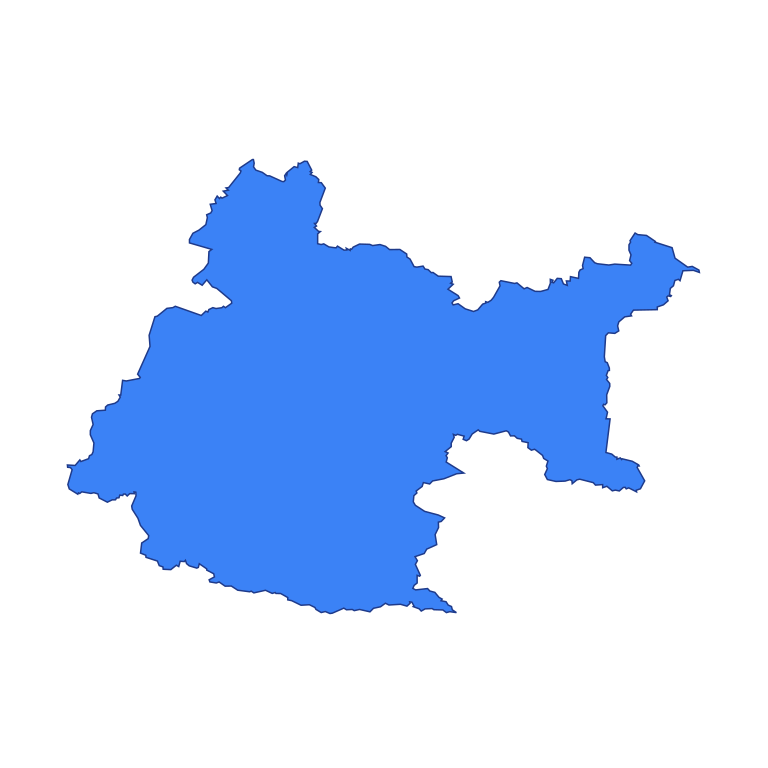 outline of Tepetongo, Zacatecas, Mexico, rotated 266°
{"feature_id": "50627088B99446840906957", "entity_name": "Tepetongo", "entity_type": "district", "adm_level": 2, "iso_a3": "MEX", "parent_name": "Mexico", "parent_adm1": "Zacatecas", "projection": "equal_earth", "projection_center": [-103.135, 22.423], "detail": "fine", "context": "isolated", "style": "filled", "palette": "blue", "viewbox_px": 768, "rotation_deg": 266, "n_neighbors": 0, "source": "geoboundaries", "source_scale": "gbopen_adm2", "svg_char_len": 6142}
<svg xmlns="http://www.w3.org/2000/svg" viewBox="0 0 768 768"><g transform="rotate(266 384 384)"><path d="M443.5,668.3L447.2,673.2L451.0,672.1L452.1,673.5L451.3,676.1L452.1,676.8L453.2,675.0L459.4,676.3L461.8,679.6L467.0,681.4L467.9,685.0L466.4,686.5L476.1,690.1L475.8,700.6L473.3,706.4L475.7,706.1L479.8,699.7L479.4,695.1L489.2,683.1L499.9,680.9L506.6,664.1L507.3,664.6L513.9,656.2L515.3,647.6L517.1,645.0L509.8,639.4L508.4,639.9L505.8,638.1L500.4,637.7L495.6,639.4L489.9,637.6L487.2,639.6L485.4,638.3L487.5,622.5L487.0,616.6L489.1,605.2L490.3,602.6L495.6,598.3L496.5,593.0L488.3,590.3L485.2,590.7L484.1,587.6L481.9,586.2L475.8,585.4L478.1,577.5L473.7,576.9L474.1,573.1L469.6,573.7L471.3,570.0L476.7,568.2L477.3,564.2L473.1,560.3L473.7,558.7L475.7,559.8L476.8,557.2L472.9,557.0L466.9,554.2L465.4,546.7L465.9,541.2L470.3,533.5L469.2,530.4L475.6,523.7L475.2,521.3L478.9,507.8L477.5,506.1L473.8,506.6L462.9,499.4L460.1,496.8L458.2,493.3L459.0,491.2L457.7,491.3L456.8,488.0L451.4,482.7L450.1,478.4L453.3,470.3L458.9,463.5L458.1,458.5L460.1,457.5L462.2,459.3L464.5,465.3L467.0,464.1L474.1,454.4L478.7,460.0L479.9,457.5L481.0,459.2L486.5,458.4L487.8,445.6L491.8,440.7L491.8,438.9L495.0,436.0L495.8,432.9L498.9,431.2L498.3,424.9L499.0,422.2L506.8,418.7L509.1,415.7L512.1,415.7L517.1,409.2L517.7,398.9L521.2,395.2L523.4,389.7L522.9,382.3L524.3,379.5L525.3,369.3L522.7,362.8L520.7,361.1L521.1,359.9L519.6,359.6L522.0,355.9L520.3,356.3L520.3,353.5L524.8,347.2L523.2,345.7L523.5,343.8L524.6,338.6L528.0,333.7L527.5,331.0L528.6,327.6L538.4,328.3L540.5,331.1L540.8,329.4L545.1,325.4L546.3,327.7L549.0,325.9L549.0,327.5L550.7,329.0L563.2,334.8L566.8,332.7L569.5,332.7L583.5,339.1L589.2,335.5L589.6,332.6L592.5,333.2L595.5,330.5L598.2,325.1L600.1,327.0L601.0,325.2L602.4,326.8L611.4,322.9L611.8,320.2L609.6,315.5L610.3,313.9L605.9,313.0L607.1,309.5L602.1,302.4L599.3,301.6L600.9,301.1L598.7,299.4L594.3,299.9L592.9,298.2L593.1,296.5L599.6,284.5L599.9,281.9L603.6,277.4L606.3,271.1L609.7,269.0L613.3,269.9L617.0,269.4L617.1,268.4L609.4,255.0L607.8,254.6L606.5,256.2L604.5,255.3L590.8,242.7L590.6,240.1L588.2,242.2L587.6,237.1L582.9,241.0L580.7,235.4L581.8,234.2L580.5,232.8L583.1,230.7L579.5,228.2L575.8,229.1L575.4,223.2L569.0,224.6L566.7,223.1L565.2,218.9L562.3,219.4L555.4,217.4L550.4,210.1L547.7,203.9L541.7,200.0L538.3,199.8L530.3,221.6L528.3,218.6L516.9,217.2L511.0,212.3L503.8,201.5L501.0,199.8L498.9,200.5L497.1,202.6L498.4,205.1L495.2,209.5L500.3,214.5L492.9,219.6L491.0,223.9L477.7,237.6L475.2,237.7L471.2,231.1L472.7,229.3L471.4,227.5L471.0,221.7L472.1,218.6L470.5,214.5L468.1,213.3L469.1,211.3L465.1,206.5L476.1,181.2L474.9,178.7L474.6,172.7L467.5,162.6L467.1,160.2L449.0,153.1L437.8,153.2L411.0,138.9L407.6,141.3L406.6,140.5L405.0,127.1L405.9,123.5L391.3,120.6L391.5,118.9L389.3,120.0L385.3,117.3L383.5,114.1L382.3,106.9L380.5,104.6L377.3,104.2L377.3,95.6L374.6,91.1L371.3,89.9L363.9,91.0L358.0,87.8L353.8,87.5L345.4,90.5L336.7,89.1L334.0,87.6L333.0,85.2L330.1,84.1L327.8,76.2L329.5,75.3L324.3,70.2L325.3,62.5L323.0,62.6L322.5,65.4L320.3,66.9L305.8,61.6L301.3,62.7L295.4,70.9L296.7,71.6L296.0,72.8L297.5,75.0L295.3,84.0L295.8,87.0L294.3,91.0L290.2,91.9L285.4,99.8L287.4,104.8L287.2,108.1L288.9,109.2L289.0,111.7L291.6,112.7L291.0,115.6L292.3,116.3L292.3,118.2L290.2,120.0L292.4,122.7L292.0,127.2L293.8,127.1L293.4,128.9L289.7,128.8L279.9,123.8L276.6,124.1L267.2,129.2L259.9,131.2L249.2,138.7L246.2,138.0L242.3,131.2L232.3,129.3L229.8,134.4L227.7,134.5L223.2,145.6L218.5,147.1L217.0,150.7L214.6,150.8L213.7,158.4L217.7,164.2L216.2,166.5L221.4,168.3L220.8,172.4L222.0,173.6L218.6,174.5L216.2,177.0L213.4,184.4L214.0,186.0L217.6,187.2L212.0,194.2L210.7,194.2L206.6,200.9L203.4,201.4L200.9,195.9L198.7,196.5L197.2,202.8L198.0,205.7L193.4,211.4L193.1,217.6L188.5,223.7L186.1,235.5L186.6,237.1L184.7,239.6L186.5,251.4L182.9,257.9L183.6,260.9L182.6,261.6L182.2,266.3L177.7,273.1L175.4,272.9L174.3,276.8L169.1,285.8L169.0,294.2L165.9,299.5L163.9,300.4L160.4,305.4L161.1,309.6L158.8,314.1L159.0,316.5L163.2,328.3L161.4,330.8L161.3,336.6L160.0,338.5L160.8,343.9L157.7,354.1L161.0,357.9L162.0,365.0L165.2,370.1L163.2,373.5L163.1,385.1L160.8,391.4L163.4,394.7L164.9,394.4L164.4,396.6L160.5,398.4L159.9,397.6L157.3,403.4L154.9,405.3L156.8,409.4L156.6,416.4L155.4,417.9L154.5,426.9L151.6,430.3L152.3,433.7L150.9,440.3L154.0,436.4L157.3,435.8L159.0,432.6L162.5,430.7L163.8,425.8L165.4,427.0L167.3,424.0L172.6,420.2L174.3,415.3L176.9,413.2L176.4,401.2L178.1,398.5L181.0,400.0L183.2,403.2L190.8,403.7L189.8,406.1L190.6,406.9L201.9,402.7L205.4,405.0L209.6,402.9L212.1,412.3L216.3,415.1L220.1,425.4L230.2,424.5L237.0,428.4L242.4,428.6L242.9,431.5L246.2,435.1L249.5,429.1L254.1,415.7L260.8,406.8L264.4,405.0L270.5,406.0L273.0,409.2L275.0,408.6L279.1,414.9L282.9,416.4L281.1,422.6L283.9,425.7L285.3,437.2L289.4,450.2L289.6,457.4L301.8,440.6L306.0,442.0L308.2,440.9L310.7,443.1L312.3,440.3L316.8,446.7L320.2,446.9L325.9,450.3L328.9,449.7L327.8,452.0L328.7,453.7L326.4,460.3L323.3,459.1L321.7,462.3L323.1,465.0L328.0,468.5L331.7,474.8L330.1,476.3L326.4,490.1L328.8,502.7L327.4,504.8L323.4,506.6L323.2,510.5L320.5,513.1L319.4,517.3L317.1,517.7L315.4,523.7L310.5,523.1L307.7,526.4L308.4,529.6L307.7,530.6L301.7,537.2L298.6,538.1L295.7,542.2L290.7,540.2L288.2,541.1L282.5,538.0L277.3,540.3L274.8,548.7L274.5,557.9L275.6,562.8L274.4,564.7L271.4,564.8L274.9,569.7L275.4,572.6L271.0,585.9L268.4,587.9L268.4,595.1L265.3,594.9L266.4,599.2L261.5,604.3L262.0,607.4L260.9,611.3L264.1,615.5L264.1,617.4L262.5,618.3L263.3,620.9L258.8,628.4L260.4,628.2L261.6,632.5L269.2,637.3L283.1,630.7L284.6,631.5L284.5,632.8L285.5,632.4L289.6,626.3L292.8,616.3L292.1,615.8L293.8,614.5L292.7,611.1L294.8,611.3L295.0,609.6L298.2,606.3L300.2,600.6L333.4,607.1L333.8,603.1L340.3,605.0L347.0,600.8L348.4,601.6L347.8,603.0L349.7,605.0L357.7,605.4L365.9,609.1L368.8,609.2L373.0,606.3L374.8,607.7L377.1,606.4L381.7,608.5L381.8,609.8L384.2,609.9L389.7,608.2L390.8,606.2L395.8,605.7L416.8,608.5L419.4,611.4L418.4,617.8L420.6,621.9L425.7,621.1L429.6,622.6L434.2,628.8L434.7,635.7L436.5,634.9L440.3,638.0L439.1,661.8L441.8,662.0L443.5,668.3Z" fill="#3b82f6" stroke="#1e3a8a" stroke-width="1.5"/></g></svg>